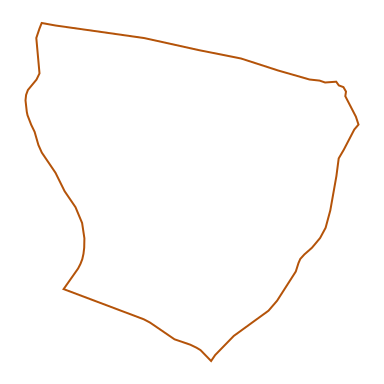 the border of Marowijne
{"feature_id": "SUR-67", "entity_name": "Marowijne", "entity_type": "District", "adm_level": 1, "iso_a3": "SUR", "parent_name": "Suriname", "parent_adm1": "", "projection": "albers", "projection_center": [-54.373, 5.594], "detail": "fine", "context": "isolated", "style": "outline", "palette": "amber", "viewbox_px": 384, "rotation_deg": 0, "n_neighbors": 0, "source": "natural_earth", "source_scale": "10m", "svg_char_len": 861}
<svg xmlns="http://www.w3.org/2000/svg" viewBox="0 0 384 384"><path d="M277.1,300.7L268.5,310.7L233.8,335.9L215.2,355.0L211.1,361.0L210.9,360.8L200.5,350.1L196.5,347.7L190.3,344.7L174.5,339.3L149.9,322.5L143.8,319.3L63.6,289.1L78.1,268.5L80.5,263.8L82.3,259.1L83.5,253.7L84.2,247.7L84.4,238.3L82.1,223.0L75.5,207.2L64.6,191.2L55.5,172.8L41.8,152.6L38.4,145.0L34.6,131.8L31.2,124.8L27.5,115.2L26.8,111.9L25.5,100.4L26.1,94.9L27.9,90.0L36.5,79.6L39.5,73.4L36.3,38.0L39.5,28.5L41.7,23.0L55.5,25.5L144.4,38.1L198.7,50.1L241.0,58.5L277.8,70.4L309.5,79.5L319.6,80.6L325.1,82.5L336.2,81.7L338.8,85.4L343.4,87.1L346.0,91.6L345.3,96.2L355.9,116.7L358.5,124.6L354.3,129.5L343.8,149.7L338.7,158.4L336.4,176.1L330.3,210.4L325.6,227.8L320.1,238.0L312.0,247.7L304.4,254.4L300.3,258.9L298.5,263.0L295.8,271.5L277.1,300.7Z" fill="none" stroke="#b45309" stroke-width="2"/></svg>